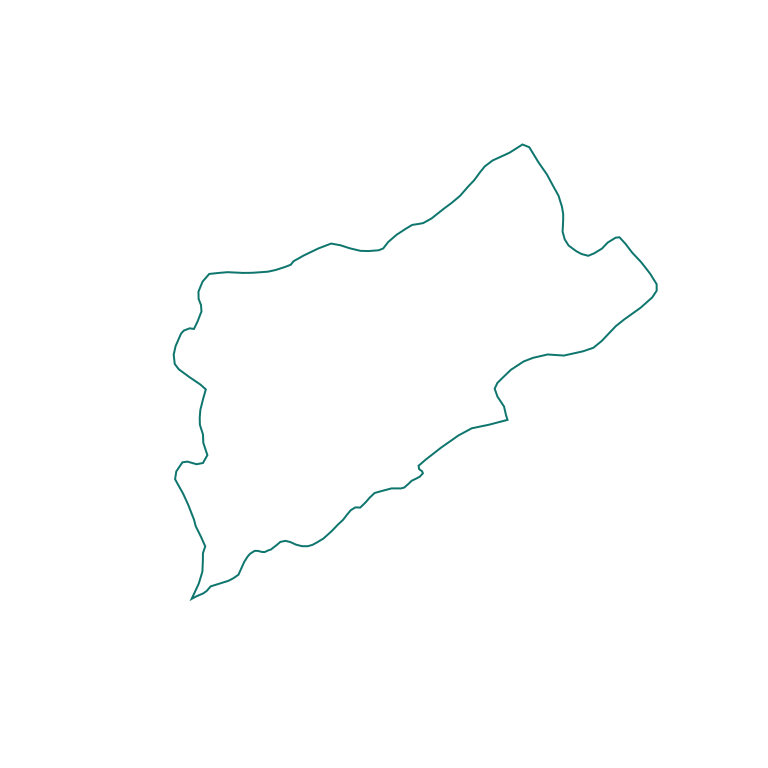 Mongo, Nyanga, Gabon (Albers equal-area conic projection), rotated 295°
{"feature_id": "22940354B34091756215614", "entity_name": "Mongo", "entity_type": "district", "adm_level": 2, "iso_a3": "GAB", "parent_name": "Gabon", "parent_adm1": "Nyanga", "projection": "albers", "projection_center": [11.424, -3.286], "detail": "fine", "context": "isolated", "style": "outline", "palette": "teal", "viewbox_px": 768, "rotation_deg": 295, "n_neighbors": 0, "source": "geoboundaries", "source_scale": "gbopen_adm2", "svg_char_len": 2326}
<svg xmlns="http://www.w3.org/2000/svg" viewBox="0 0 768 768"><g transform="rotate(295 384 384)"><path d="M403.7,511.1L407.4,507.7L414.3,502.3L420.5,492.2L426.5,486.3L432.9,486.3L440.4,489.1L450.5,493.0L463.4,501.0L470.6,507.9L479.9,519.8L485.8,535.0L497.7,550.5L505.4,558.5L515.2,563.2L524.5,566.3L534.3,569.6L544.2,574.5L561.7,584.4L575.9,590.5L583.8,591.7L589.7,588.9L596.3,578.8L599.5,572.7L603.3,565.1L607.9,553.5L613.0,543.8L616.5,535.4L614.5,532.1L606.8,527.0L598.8,524.3L591.2,519.2L586.5,514.9L585.3,508.1L585.6,502.3L587.5,492.8L591.4,486.7L597.5,481.5L608.3,477.1L613.7,474.6L619.7,470.5L628.4,462.6L634.2,454.6L642.7,443.2L650.2,430.3L660.0,415.6L659.6,408.3L646.8,400.1L632.4,387.9L623.9,383.4L617.2,381.7L606.8,379.6L598.5,376.8L586.9,373.5L576.8,368.8L567.5,363.8L554.1,357.1L546.4,351.5L543.8,347.9L540.1,342.3L533.4,337.8L524.7,332.4L514.5,327.8L506.5,326.0L502.9,322.6L497.9,313.7L494.7,306.3L492.5,295.4L491.3,285.7L488.9,276.7L479.2,267.3L466.5,256.9L457.0,250.1L452.7,249.1L448.5,245.1L441.7,237.8L436.7,231.3L428.9,217.2L425.1,209.3L419.2,194.9L414.7,187.1L409.9,179.1L400.2,176.3L389.3,176.8L382.8,180.0L378.2,184.8L372.6,187.9L362.2,188.6L353.6,188.5L352.3,184.3L347.8,180.0L344.0,178.8L342.5,178.8L330.3,179.1L321.7,181.0L313.7,185.9L310.6,191.8L308.0,204.8L305.9,217.9L303.8,224.8L293.8,226.4L282.9,228.5L275.4,231.3L269.2,234.4L261.7,241.3L254.3,245.1L244.9,254.0L235.9,253.3L232.1,248.1L230.6,238.7L227.8,234.4L217.0,232.7L209.4,234.9L205.6,240.1L199.7,248.3L191.6,257.8L180.7,269.2L175.6,273.4L168.0,282.9L161.3,290.6L154.2,291.4L147.6,294.4L137.2,298.7L124.7,300.5L108.0,300.5L111.9,303.4L118.0,308.8L121.6,310.8L127.3,312.4L140.0,326.3L144.5,329.7L149.7,332.7L163.7,332.5L169.8,333.3L173.6,334.4L178.1,337.3L179.5,340.4L180.2,344.4L181.4,347.0L184.3,349.4L186.1,351.4L192.7,354.8L197.1,356.8L200.2,361.0L201.2,366.0L201.2,372.0L202.4,378.4L204.8,383.5L208.0,387.2L212.1,390.2L218.3,394.4L228.7,398.8L237.5,401.8L243.6,404.3L250.3,405.8L255.5,407.2L260.0,410.1L262.0,414.7L269.4,417.5L274.8,419.0L281.2,421.5L286.2,427.3L292.6,435.0L294.7,439.5L296.4,443.3L298.7,446.1L304.1,448.5L307.9,449.9L311.8,453.1L315.1,455.6L319.5,457.0L321.0,455.4L321.7,451.8L324.5,449.9L333.0,453.7L350.6,462.7L368.8,473.2L380.9,482.2L391.5,496.4L403.7,511.1Z" fill="none" stroke="#0f766e" stroke-width="2"/></g></svg>